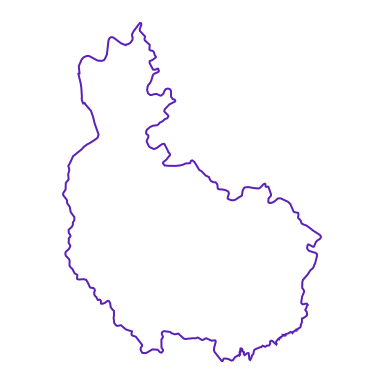 Palestina, Caldas, Colombia
{"feature_id": "7082276B25073710076057", "entity_name": "Palestina", "entity_type": "district", "adm_level": 2, "iso_a3": "COL", "parent_name": "Colombia", "parent_adm1": "Caldas", "projection": "orthographic", "projection_center": [-75.648, 5.066], "detail": "fine", "context": "isolated", "style": "outline", "palette": "violet", "viewbox_px": 384, "rotation_deg": 0, "n_neighbors": 0, "source": "geoboundaries", "source_scale": "gbopen_adm2", "svg_char_len": 5946}
<svg xmlns="http://www.w3.org/2000/svg" viewBox="0 0 384 384"><path d="M141.2,23.3L139.8,23.0L133.5,31.4L132.0,34.4L132.1,36.1L132.7,37.5L132.4,40.0L130.7,42.4L129.8,43.2L127.8,44.3L126.1,44.5L125.7,45.2L121.2,43.4L113.6,37.7L112.0,37.1L110.8,37.3L109.6,38.1L108.9,39.4L108.4,41.1L106.9,54.4L105.1,58.5L104.0,60.1L101.6,60.9L97.7,60.6L88.9,55.9L86.8,56.0L84.2,57.0L83.0,57.9L81.5,59.8L78.8,66.1L79.5,73.5L78.4,73.7L80.8,84.0L81.3,87.6L81.9,96.5L81.7,98.6L82.1,100.9L83.2,103.5L84.6,103.0L85.4,104.4L91.0,110.9L93.1,117.0L94.7,123.6L98.6,134.6L97.5,137.8L94.9,139.8L89.1,143.5L87.6,144.1L84.0,146.7L81.7,149.3L73.1,156.2L70.1,162.8L68.3,166.0L68.8,167.4L69.3,170.1L68.2,174.2L68.6,179.5L65.8,182.9L65.6,189.5L63.4,192.8L63.1,194.1L63.2,195.1L63.8,196.0L66.5,199.4L67.0,200.6L67.1,202.8L67.5,203.8L69.7,206.7L70.7,212.1L74.4,217.2L74.3,220.3L72.9,222.4L72.8,225.1L71.8,226.8L68.6,229.9L68.8,233.0L70.0,234.6L70.5,236.1L70.0,237.1L68.8,238.3L68.9,240.2L68.6,242.2L68.7,242.9L70.2,245.4L70.2,246.5L69.1,248.7L65.9,251.8L65.4,252.9L65.4,254.1L65.8,255.8L68.8,258.9L69.6,260.3L69.5,265.2L69.8,266.3L70.9,267.7L72.2,268.7L74.7,273.4L77.1,274.7L77.4,275.2L77.0,278.1L77.3,279.1L78.8,279.5L83.8,279.2L86.1,279.8L87.8,282.5L89.9,287.2L90.3,287.6L93.5,288.1L94.4,288.9L94.9,290.6L94.1,292.6L94.6,295.4L96.3,297.1L97.8,300.0L99.5,299.6L100.2,299.8L100.8,300.8L101.0,303.6L102.2,303.8L103.6,303.4L105.0,302.8L107.5,300.9L108.2,300.8L109.3,301.4L110.2,303.5L110.7,307.1L112.4,309.5L113.9,310.8L114.0,315.2L113.6,317.8L114.3,323.2L116.3,325.6L117.5,325.9L120.9,325.2L126.0,329.5L132.0,331.4L131.5,333.5L131.6,334.8L132.2,335.5L135.8,336.7L142.0,344.7L142.1,346.0L141.0,347.4L140.5,348.9L141.0,350.7L142.3,352.9L145.0,353.1L146.6,352.8L152.4,349.4L157.7,349.7L159.9,352.2L161.1,352.7L161.9,352.3L163.0,350.8L163.0,349.8L161.5,347.6L161.4,339.7L162.7,337.5L162.9,336.5L161.8,334.1L161.8,333.1L162.4,332.0L163.4,331.3L164.4,331.2L170.0,331.9L171.5,333.2L175.0,334.3L178.3,333.6L183.7,338.5L185.3,339.0L193.0,338.2L195.6,338.3L197.8,337.5L201.8,339.9L202.9,340.0L205.0,338.7L206.4,338.3L211.5,340.7L215.0,340.3L215.6,340.9L215.7,342.1L214.1,347.9L214.0,350.2L214.4,351.7L221.7,361.0L222.6,361.0L223.6,358.7L224.4,358.5L227.6,358.8L229.0,359.3L231.2,360.6L232.9,360.2L234.9,357.3L238.5,355.1L239.3,355.7L239.9,355.0L240.1,354.6L239.6,352.9L240.3,352.6L240.4,352.2L239.8,351.2L240.1,350.8L241.4,350.6L241.5,350.0L240.3,349.0L240.5,348.5L241.1,348.4L241.9,348.7L242.5,349.8L242.2,350.9L242.6,351.4L244.0,352.2L243.7,353.8L244.5,355.1L245.8,354.4L247.0,353.3L248.2,353.0L248.7,353.2L249.3,358.9L249.6,359.6L250.2,360.0L251.3,358.0L251.9,355.6L253.4,353.8L253.8,351.2L254.4,349.9L255.4,349.2L260.4,347.1L261.2,347.1L262.6,345.7L265.2,346.8L267.0,345.6L269.0,345.5L269.5,345.1L270.2,343.4L270.1,341.5L271.0,340.7L272.3,340.9L276.3,344.6L276.7,343.9L275.8,342.7L276.7,340.8L278.1,339.0L278.7,338.9L279.1,339.3L279.5,338.5L279.4,337.9L280.4,337.3L280.2,337.8L280.6,337.8L280.9,336.9L282.6,336.1L282.6,334.9L283.2,335.1L284.1,334.9L284.6,335.6L285.5,335.6L285.7,335.2L285.1,334.7L285.2,334.4L288.7,333.2L290.5,332.0L291.3,332.5L292.1,332.1L292.6,332.9L293.2,332.0L294.9,330.7L296.3,330.7L296.1,329.7L296.3,329.4L297.6,329.5L297.9,328.7L299.7,327.8L300.6,326.9L300.9,324.4L301.9,322.5L301.9,318.5L302.8,318.4L305.5,316.7L306.7,315.7L307.1,314.8L306.7,311.7L305.4,310.3L305.3,309.7L306.4,307.9L306.8,306.1L307.8,305.0L306.8,303.7L305.6,303.7L303.5,304.3L302.2,304.0L301.4,303.2L301.3,301.6L302.1,296.6L304.1,291.9L303.9,290.4L302.2,287.9L302.3,282.1L303.0,279.8L307.5,274.7L310.4,270.2L312.9,268.2L314.1,265.8L314.3,264.6L315.0,263.8L317.0,255.9L316.8,253.7L315.2,252.8L309.4,251.0L308.4,250.3L307.2,248.6L307.1,247.6L307.4,246.1L307.9,244.6L308.9,244.5L312.6,246.6L313.6,246.8L314.1,246.3L316.0,241.8L317.4,240.4L319.5,239.2L320.5,238.1L320.9,237.4L320.7,236.0L319.7,234.8L313.7,231.0L306.8,225.7L303.8,224.6L302.3,223.9L301.4,223.0L300.6,220.5L298.0,217.7L298.5,214.2L298.1,212.9L294.0,212.0L293.5,211.4L290.4,204.2L288.2,201.9L280.8,198.4L279.0,198.3L277.9,198.5L274.2,201.6L272.0,202.7L269.8,203.0L268.8,202.7L268.3,202.0L268.5,198.7L269.2,197.6L270.3,196.6L271.0,195.4L271.0,194.3L268.5,187.0L268.1,186.6L266.1,186.9L265.6,186.2L265.3,184.0L264.6,183.7L263.6,184.2L259.8,188.0L258.7,188.5L254.0,188.1L248.1,187.0L244.8,187.5L244.0,188.0L243.0,189.8L242.4,191.8L242.0,195.4L241.6,195.9L238.3,197.7L235.5,199.7L233.2,200.3L231.2,200.2L228.4,199.1L227.7,198.6L227.6,198.0L228.9,193.5L228.7,192.4L228.1,191.5L226.3,190.4L223.2,189.6L218.7,189.2L217.8,188.6L217.3,184.4L216.5,183.3L215.6,182.4L213.0,182.1L211.1,181.1L210.0,179.8L209.0,177.1L205.6,175.5L201.4,171.1L199.3,170.0L195.0,162.9L194.1,161.7L192.3,160.4L191.6,160.5L190.9,161.0L190.0,163.2L185.3,163.5L183.3,164.6L180.3,165.4L175.7,165.9L168.3,165.8L164.9,165.5L163.8,164.5L163.0,163.2L163.2,162.2L166.4,159.6L170.0,155.1L170.0,154.3L169.5,153.3L168.3,152.2L168.1,151.2L164.7,144.5L164.4,144.0L163.5,143.8L161.8,144.3L156.8,147.9L154.7,148.9L153.5,148.9L150.1,147.3L148.9,146.3L146.7,141.7L146.8,140.4L148.2,137.5L148.4,136.0L148.1,135.3L146.2,133.6L146.1,132.2L146.4,130.8L147.0,129.6L150.3,126.9L152.6,125.8L157.1,125.2L158.4,124.4L159.7,122.7L162.7,121.2L164.8,119.1L167.0,118.4L167.6,117.8L168.4,116.2L168.2,115.5L164.3,111.5L164.6,109.4L169.4,104.4L174.9,101.6L175.3,100.7L174.7,99.7L172.7,99.0L171.3,97.2L170.9,95.5L171.1,94.1L170.9,90.6L170.0,89.3L168.6,88.7L167.6,88.6L165.8,89.1L164.5,90.9L163.3,93.8L161.1,95.6L160.3,95.6L156.7,94.0L156.0,94.0L154.2,94.2L151.5,95.0L150.2,95.0L148.1,93.4L147.1,90.2L147.5,87.0L148.2,85.2L149.9,83.3L151.4,80.2L152.9,75.1L153.9,73.9L158.5,71.8L158.9,70.9L158.2,68.8L157.6,68.6L155.3,69.7L153.1,69.7L149.9,63.6L149.5,62.2L149.7,61.1L152.4,60.0L155.7,57.5L155.9,56.8L154.8,55.2L153.8,52.0L153.2,51.3L152.1,50.6L150.6,50.6L149.4,49.6L149.7,44.8L144.8,40.4L144.5,39.3L145.0,36.4L140.0,31.1L139.7,29.1L141.3,25.1L141.2,23.3Z" fill="none" stroke="#5b21b6" stroke-width="2"/></svg>